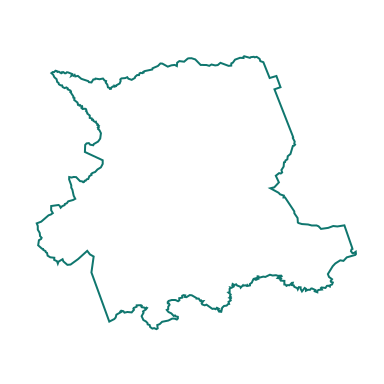 Builsa North, Upper East, Ghana, rotated 85°
{"feature_id": "2480657B79468660523811", "entity_name": "Builsa North", "entity_type": "district", "adm_level": 2, "iso_a3": "GHA", "parent_name": "Ghana", "parent_adm1": "Upper East", "projection": "robinson", "projection_center": [-1.22, 10.711], "detail": "fine", "context": "isolated", "style": "outline", "palette": "teal", "viewbox_px": 384, "rotation_deg": 85, "n_neighbors": 0, "source": "geoboundaries", "source_scale": "gbopen_adm2", "svg_char_len": 5942}
<svg xmlns="http://www.w3.org/2000/svg" viewBox="0 0 384 384"><g transform="rotate(85 192 192)"><path d="M60.2,177.2L58.7,180.8L58.5,183.3L58.7,184.6L61.5,188.5L60.5,193.2L61.9,195.5L65.2,196.1L63.9,198.1L64.0,201.4L65.0,205.2L61.5,210.4L61.2,212.3L63.5,215.0L65.3,220.5L66.5,220.9L67.4,228.4L68.0,230.0L68.8,229.8L69.3,231.2L68.8,232.7L69.2,233.9L70.9,234.6L70.7,236.4L72.2,238.5L73.4,239.0L75.0,242.3L73.6,245.5L72.0,246.5L72.7,248.5L72.7,252.4L73.6,253.6L75.2,253.4L77.6,254.6L79.0,257.8L79.8,258.3L79.3,260.1L80.3,260.1L80.0,261.7L80.9,263.2L82.2,263.8L82.1,264.8L81.3,264.8L80.4,266.6L77.6,267.0L75.5,268.4L74.0,267.9L73.4,269.3L71.2,270.8L71.6,274.3L70.6,278.3L71.3,278.9L71.3,280.5L74.1,282.6L73.6,285.1L72.5,285.7L69.6,292.4L66.4,295.6L66.7,298.2L65.1,298.7L65.9,300.0L65.1,300.8L65.7,302.0L64.0,301.1L62.1,305.0L61.8,306.2L62.7,307.4L62.6,308.4L61.4,309.6L62.1,311.4L61.4,311.4L61.8,312.7L60.5,314.2L60.7,315.6L59.8,316.0L59.3,317.4L60.5,318.9L60.4,320.3L61.3,321.7L63.0,320.1L65.7,319.1L67.8,317.1L70.6,316.7L71.6,315.5L73.1,315.2L74.3,313.6L74.5,312.1L76.2,311.7L77.4,309.8L76.9,308.0L78.0,306.7L78.9,306.9L80.3,304.3L81.1,303.9L81.7,304.4L82.0,303.8L82.9,303.8L86.5,301.8L87.6,302.0L88.2,300.9L90.1,301.3L92.9,298.3L95.1,298.0L95.0,297.4L96.1,296.7L95.7,295.9L97.3,294.5L97.1,294.0L97.9,293.9L98.6,294.8L99.8,293.7L99.7,291.3L100.3,290.3L102.1,290.0L102.3,290.4L103.9,289.4L104.7,289.5L106.9,287.2L109.3,287.4L110.0,285.4L111.4,285.3L111.4,284.2L112.6,284.0L113.7,282.5L113.6,281.6L114.9,281.4L116.5,279.9L117.0,280.4L118.1,279.0L119.4,280.1L119.9,279.4L121.0,280.1L122.4,278.8L125.5,277.6L130.8,278.8L133.6,281.2L135.7,285.7L136.8,286.3L136.0,289.3L134.3,290.5L134.4,292.8L135.8,294.3L142.8,295.2L152.6,278.2L156.2,278.5L159.5,280.6L161.3,284.2L163.6,286.7L164.4,289.6L165.3,290.8L166.2,290.6L167.3,292.9L170.0,294.2L170.2,295.8L171.5,297.0L171.4,298.0L172.6,298.7L172.8,299.5L171.8,300.6L171.4,302.6L167.1,306.1L166.7,308.6L167.1,310.7L166.4,313.0L168.7,313.3L174.8,311.7L177.2,311.9L179.2,311.0L185.4,310.2L188.6,308.9L189.6,311.2L190.5,316.1L192.3,317.7L192.9,319.7L194.0,320.1L194.8,322.5L196.2,324.2L194.1,325.1L193.3,326.1L193.7,333.5L197.9,333.9L200.9,332.5L202.1,334.5L202.7,336.9L208.4,344.8L209.7,349.4L212.4,348.6L216.1,348.9L219.4,347.3L222.7,347.2L224.5,345.8L225.6,346.4L226.7,348.7L231.7,349.9L235.4,346.4L235.8,345.3L236.7,345.2L238.1,343.1L239.2,342.9L240.1,341.7L242.8,341.4L244.7,338.9L245.5,334.9L247.6,335.2L249.2,332.5L251.6,331.9L249.7,331.0L247.7,326.8L249.9,326.2L253.7,322.5L253.7,319.3L248.9,311.3L241.5,301.5L245.3,299.1L247.7,295.6L263.4,299.2L313.9,285.7L311.8,280.5L310.4,279.0L307.6,278.0L305.4,273.1L304.7,273.7L304.1,272.9L304.8,270.7L306.3,269.8L305.9,266.8L306.7,262.6L304.3,260.1L303.2,260.6L302.4,260.1L301.5,257.2L300.1,257.0L300.3,252.8L300.8,252.0L301.7,252.5L302.4,252.1L302.9,249.8L304.0,248.5L303.2,247.5L303.6,246.9L305.0,248.2L306.7,251.2L308.1,250.8L311.3,253.0L315.3,251.6L316.9,249.2L318.6,247.8L320.0,247.7L320.8,245.8L322.9,245.4L324.6,243.4L324.3,241.6L325.5,239.4L324.9,238.1L321.5,238.2L320.8,235.7L318.7,233.1L318.0,226.8L316.4,222.8L316.6,220.5L317.7,218.2L316.8,217.1L315.1,217.0L314.5,219.0L313.5,219.7L313.9,221.0L311.1,223.2L309.5,225.9L307.3,227.4L306.6,225.9L304.2,225.7L302.4,224.2L301.0,224.7L300.8,225.8L299.6,225.8L298.5,224.8L297.8,221.5L298.2,217.8L299.6,215.4L298.8,214.0L296.7,214.0L296.4,211.0L294.5,210.8L294.0,209.4L294.4,207.8L295.9,208.4L296.3,206.7L294.5,203.2L294.9,201.2L298.0,196.8L298.6,196.8L298.8,194.6L301.3,193.2L300.8,192.4L301.7,191.8L301.7,190.3L303.7,192.1L304.9,191.6L306.0,189.2L305.5,187.4L310.2,181.9L310.1,180.2L310.8,178.7L309.5,177.3L310.6,175.6L311.1,176.6L313.0,175.7L312.6,174.4L312.9,173.7L313.7,174.4L313.9,173.3L309.9,172.0L308.3,170.0L308.2,167.4L306.7,165.7L306.7,164.8L304.6,165.2L303.4,162.9L302.1,163.3L301.3,162.6L300.6,163.9L299.8,162.6L298.9,163.2L297.5,162.4L295.3,164.5L295.0,163.2L291.8,163.0L291.0,161.9L290.5,162.1L290.9,161.0L289.9,158.9L288.7,160.0L287.2,159.5L288.4,157.8L287.8,156.1L289.1,155.2L290.6,152.0L291.5,151.8L289.3,149.3L289.8,149.0L289.6,147.0L290.3,145.7L289.5,145.1L290.4,144.5L290.1,142.4L288.7,142.3L287.5,140.3L284.9,138.9L284.1,137.4L285.1,136.0L284.6,134.5L283.6,136.5L283.2,134.3L281.7,134.0L281.9,133.1L283.3,132.9L282.5,128.4L283.0,126.3L281.2,121.6L282.2,119.0L282.2,115.6L283.0,113.7L283.1,110.4L283.6,110.1L283.9,111.1L284.7,111.2L284.3,113.2L285.2,114.2L286.1,110.9L287.2,111.7L288.0,111.3L288.6,107.7L292.2,108.1L292.5,106.8L293.7,106.1L293.1,104.7L293.4,103.0L291.2,100.4L291.2,99.5L293.5,100.4L293.9,98.8L295.4,98.3L297.0,95.5L298.2,95.1L296.1,93.9L296.4,92.1L298.1,92.2L300.6,91.1L297.4,88.1L298.4,86.9L300.3,87.1L299.5,85.0L299.7,82.9L298.6,81.8L298.5,81.0L300.4,77.7L301.6,78.4L302.8,75.9L301.3,75.7L300.6,74.5L300.5,71.1L298.9,71.9L298.4,71.3L299.2,67.4L297.3,65.8L297.2,64.4L298.2,62.9L296.9,62.5L296.3,60.5L294.4,59.6L293.6,61.4L292.8,61.6L291.1,60.1L288.6,62.9L285.6,63.8L278.2,58.3L275.7,55.5L273.0,50.3L273.8,47.1L270.6,43.5L268.9,34.8L268.1,34.1L265.8,34.1L266.9,36.0L266.9,37.5L264.8,38.8L263.1,38.1L262.7,37.1L261.6,37.3L238.5,43.1L239.0,50.2L238.2,54.3L239.6,59.4L240.0,66.7L237.2,68.9L236.2,70.8L235.8,75.6L234.5,79.1L233.5,85.3L232.2,88.6L231.6,89.2L227.1,89.1L222.1,91.9L220.2,91.8L205.5,99.8L205.4,101.3L203.6,100.8L202.0,104.5L200.3,105.8L195.1,113.6L194.5,109.6L190.0,104.6L183.1,107.1L180.8,103.6L181.3,101.9L180.4,100.5L177.9,101.0L174.7,98.5L170.5,97.8L170.3,96.7L168.7,96.1L167.8,94.2L164.7,93.5L162.7,90.6L154.9,87.5L154.7,86.2L153.8,85.2L152.8,85.9L150.7,85.3L146.9,86.9L146.3,86.4L96.9,100.9L95.3,94.7L83.8,97.8L85.2,104.7L68.9,109.6L67.6,112.5L65.2,113.1L63.0,115.8L63.3,117.8L62.7,118.6L62.8,121.6L63.4,122.6L61.3,128.2L61.7,128.9L63.0,129.0L62.5,132.5L63.9,137.6L66.7,140.0L67.3,141.6L69.5,141.9L69.5,144.6L65.8,152.4L67.8,155.3L67.9,157.9L66.7,161.5L67.8,163.8L66.7,166.7L66.2,172.3L60.2,177.2Z" fill="none" stroke="#0f766e" stroke-width="2"/></g></svg>